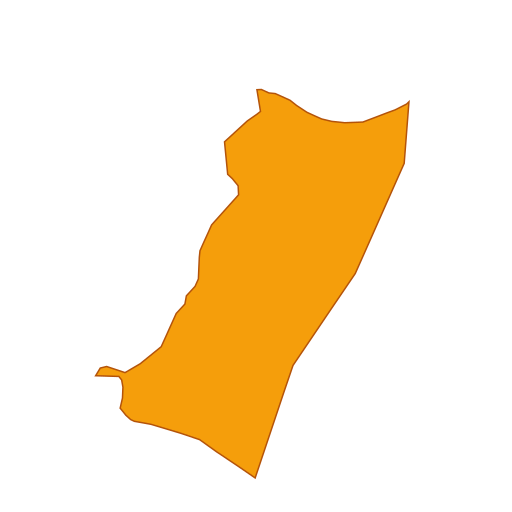 the district of El Mahalla El Kobra 1, Al Gharbiyah, Egypt, rotated 204°
{"feature_id": "37247803B33449651537702", "entity_name": "El Mahalla El Kobra 1", "entity_type": "district", "adm_level": 2, "iso_a3": "EGY", "parent_name": "Egypt", "parent_adm1": "Al Gharbiyah", "projection": "orthographic", "projection_center": [31.176, 30.972], "detail": "fine", "context": "isolated", "style": "filled", "palette": "amber", "viewbox_px": 512, "rotation_deg": 204, "n_neighbors": 0, "source": "geoboundaries", "source_scale": "gbopen_adm2", "svg_char_len": 1024}
<svg xmlns="http://www.w3.org/2000/svg" viewBox="0 0 512 512"><g transform="rotate(204 256 256)"><path d="M166.5,52.9L175.2,143.5L177.7,171.1L165.8,238.2L158.2,280.3L158.2,317.8L158.3,380.8L158.3,400.9L179.0,459.1L180.2,456.1L188.4,446.0L194.6,440.0L202.7,431.9L212.9,421.8L229.2,413.8L232.7,412.7L241.5,409.8L251.7,407.9L259.8,407.9L267.9,408.0L280.1,410.0L288.2,412.1L300.4,412.2L304.5,412.2L310.6,410.2L318.8,410.3L322.8,408.3L310.7,389.9L312.8,385.9L318.9,375.8L331.2,347.5L315.1,319.1L309.0,317.0L300.9,312.9L296.8,304.8L307.9,270.4L309.2,266.3L309.2,258.2L309.3,246.1L309.3,238.0L307.3,231.9L303.3,221.7L299.3,211.6L299.3,203.5L303.4,191.3L301.4,183.2L305.5,171.1L305.6,152.8L305.6,148.6L305.7,134.6L318.0,110.4L328.2,96.2L347.5,94.3L352.7,90.3L353.8,81.4L332.3,90.2L328.3,88.1L324.2,82.0L320.2,71.9L318.2,61.7L314.1,59.7L310.1,57.6L304.0,55.6L299.9,55.5L291.8,57.5L283.6,59.5L253.1,63.4L232.8,65.3L222.6,63.2L212.4,61.1L188.0,56.9L167.0,53.0L166.5,52.9Z" fill="#f59e0b" stroke="#b45309" stroke-width="1.5"/></g></svg>